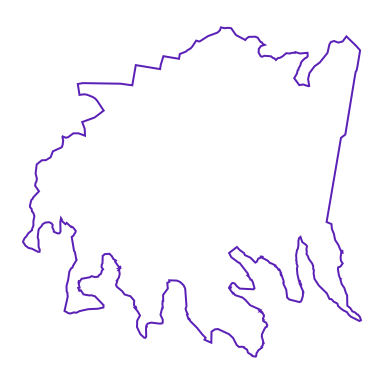 North Sydney, New South Wales, Australia
{"feature_id": "25037944B70017345976481", "entity_name": "North Sydney", "entity_type": "district", "adm_level": 2, "iso_a3": "AUS", "parent_name": "Australia", "parent_adm1": "New South Wales", "projection": "mercator", "projection_center": [151.213, -33.834], "detail": "fine", "context": "isolated", "style": "outline", "palette": "violet", "viewbox_px": 384, "rotation_deg": 0, "n_neighbors": 0, "source": "geoboundaries", "source_scale": "gbopen_adm2", "svg_char_len": 5906}
<svg xmlns="http://www.w3.org/2000/svg" viewBox="0 0 384 384"><path d="M35.1,185.7L39.0,191.3L33.3,197.3L32.6,198.8L31.3,200.1L30.0,205.3L30.1,207.3L31.6,208.9L32.0,211.3L33.3,212.9L34.4,216.1L33.4,221.1L33.4,225.8L31.9,229.4L32.0,230.2L28.5,233.1L26.1,236.7L24.7,238.0L23.6,240.3L23.0,241.9L25.5,245.7L28.7,248.0L31.9,248.7L37.9,251.8L39.5,251.8L39.8,249.9L38.6,246.9L38.5,240.0L37.7,237.3L38.5,230.3L38.9,229.0L41.5,226.2L42.6,224.2L45.3,222.6L49.2,222.2L51.7,223.5L52.7,225.0L52.3,227.2L53.7,230.2L53.8,231.7L57.3,233.3L59.3,233.4L60.5,231.7L60.3,221.9L61.0,218.2L61.9,219.8L61.6,220.6L65.4,224.2L66.7,222.9L71.1,227.0L71.5,226.6L73.2,227.6L75.7,230.8L75.7,231.8L73.3,235.8L71.7,236.9L74.0,250.7L75.0,252.3L76.3,259.7L76.6,259.9L73.1,265.7L72.4,267.7L71.3,268.1L69.4,271.4L68.1,280.1L66.5,286.0L66.7,291.6L67.4,292.5L67.7,296.8L64.5,311.0L68.7,313.3L70.5,313.5L73.8,312.4L76.6,312.7L79.6,311.1L88.1,309.2L98.1,308.7L103.4,307.5L103.6,305.2L95.0,296.3L91.7,295.3L88.9,295.4L83.5,294.4L81.0,290.5L80.1,290.8L80.0,290.5L80.7,290.0L79.2,290.5L78.2,287.9L79.6,287.6L78.8,284.2L79.1,283.0L78.5,282.8L78.8,281.1L79.8,281.3L81.6,278.8L90.1,277.2L91.4,276.2L95.4,277.1L98.2,276.6L98.7,275.5L101.0,273.7L102.0,270.4L103.1,269.3L101.5,267.0L101.7,264.8L102.5,263.2L102.7,255.9L104.9,254.1L109.5,253.8L112.0,256.4L113.3,258.9L116.0,260.6L115.1,261.7L119.0,267.2L120.2,266.8L120.4,268.0L118.6,268.6L119.5,269.0L118.6,270.1L119.1,270.1L119.7,274.0L118.9,277.5L117.1,280.2L117.5,280.2L116.0,285.1L117.0,286.9L122.1,291.1L124.6,294.5L130.4,296.2L134.2,300.6L134.0,304.9L134.8,306.8L135.7,306.7L136.1,307.6L134.7,307.8L137.7,311.4L140.0,315.5L137.2,320.6L137.0,327.1L140.4,334.2L144.2,337.7L145.4,337.8L146.2,336.6L146.0,327.8L146.8,326.8L146.2,326.4L146.4,325.4L147.6,323.7L151.2,322.6L159.2,323.6L161.7,323.5L162.7,322.8L162.8,319.8L160.5,314.8L162.1,308.3L162.5,308.4L162.8,307.2L162.4,304.1L162.7,301.0L163.2,301.0L163.1,294.9L167.8,288.6L167.3,282.8L169.4,281.9L169.2,280.3L177.0,280.6L180.1,282.0L182.4,284.0L183.9,285.8L185.2,288.7L186.5,306.2L185.6,308.6L186.1,310.8L187.7,314.1L186.9,314.5L188.6,319.2L189.4,318.9L190.3,321.1L197.0,327.8L202.6,334.8L205.6,337.7L204.5,339.7L211.3,342.7L211.5,331.7L214.8,329.4L217.9,329.0L229.1,334.2L233.1,338.0L236.7,345.0L239.1,347.0L242.0,346.7L244.0,347.2L243.8,347.6L247.1,349.7L247.9,352.5L249.3,353.6L251.6,354.8L251.5,355.3L252.6,356.1L255.6,356.6L256.1,356.2L256.5,353.4L258.3,350.4L262.0,347.5L261.5,346.9L262.8,345.2L263.0,343.1L263.6,343.1L261.8,336.6L262.0,334.2L264.6,328.7L265.6,327.2L266.7,326.9L267.3,325.3L266.1,322.6L263.9,321.5L263.8,320.3L263.2,320.5L263.0,318.3L263.9,316.6L263.8,315.5L264.7,315.1L263.7,315.2L262.3,312.3L261.9,312.0L261.5,312.5L260.4,311.6L260.7,310.7L260.1,310.9L260.6,310.2L260.0,310.6L259.0,309.9L259.4,309.4L250.1,305.2L245.5,300.0L242.4,297.5L235.1,295.1L233.4,293.0L232.9,293.4L229.4,288.5L230.7,287.9L230.9,287.4L229.4,287.1L231.8,283.4L232.7,282.9L234.7,283.5L236.7,286.1L239.8,288.6L253.6,289.3L254.5,288.3L252.9,282.3L251.6,279.8L250.5,279.7L249.4,277.5L247.5,275.5L248.4,275.2L247.7,273.4L239.5,262.8L238.5,262.6L231.3,257.2L229.1,253.0L236.9,247.0L239.6,249.9L244.1,253.2L244.9,255.1L250.5,257.7L255.3,262.6L256.6,261.9L258.3,258.6L260.7,257.7L260.8,256.5L261.4,256.5L262.7,256.8L262.7,258.1L267.5,260.5L270.2,263.2L271.0,263.2L275.4,265.4L275.0,266.0L277.1,267.6L278.6,269.9L279.4,269.5L281.0,272.8L280.5,273.0L280.9,275.1L281.5,274.9L283.3,279.9L283.8,282.5L283.3,282.8L283.7,284.5L286.2,289.6L287.2,297.6L289.3,299.5L299.5,302.1L301.0,301.4L301.8,299.5L302.9,295.9L302.9,292.5L303.4,292.5L303.4,292.0L300.2,284.8L301.1,284.7L300.7,283.4L299.6,283.4L299.2,281.3L299.9,281.2L299.8,280.8L298.9,280.7L297.4,274.1L296.9,268.2L297.6,266.3L296.5,263.2L296.7,261.6L296.1,260.3L296.4,259.1L296.1,255.4L297.0,250.1L297.9,248.6L298.4,245.4L298.4,241.0L299.0,238.2L300.5,236.9L302.3,242.1L306.2,245.0L307.0,246.2L306.4,249.2L306.8,251.8L306.5,254.0L308.2,256.7L308.7,258.7L312.1,263.4L313.1,265.6L313.3,269.3L313.9,270.0L313.6,273.4L314.5,278.9L318.8,285.5L326.8,293.3L329.5,299.0L331.5,299.2L333.7,301.6L337.4,303.6L338.1,306.0L340.7,308.4L343.6,310.5L346.8,312.0L348.6,314.6L350.9,316.7L359.5,321.0L361.0,320.2L359.9,317.0L357.9,314.5L357.2,314.5L355.0,312.4L352.4,311.4L350.3,308.1L347.3,305.7L347.1,295.2L346.0,293.3L344.4,288.1L341.7,284.1L340.3,279.1L340.6,278.9L340.2,278.7L338.9,275.3L337.9,268.9L338.2,267.3L340.4,266.6L342.7,263.4L340.9,260.7L340.6,257.6L341.2,252.9L342.6,252.8L342.3,250.8L340.9,250.9L338.2,244.7L335.1,239.9L333.9,233.8L331.9,229.0L331.5,224.1L326.6,222.0L341.0,137.8L345.3,134.6L354.8,76.7L355.7,71.7L356.5,70.7L357.4,66.7L360.1,50.4L356.3,46.0L346.4,36.4L342.7,41.4L338.4,42.6L334.1,41.0L330.9,42.0L329.4,44.5L327.5,52.9L319.7,62.6L314.5,66.3L309.4,73.2L308.1,79.1L309.2,86.0L308.4,86.2L303.2,84.5L299.3,85.1L294.2,78.2L296.9,73.6L297.7,70.2L298.5,69.6L298.6,68.3L300.3,65.5L300.9,63.0L301.8,61.4L304.6,58.6L306.9,57.3L307.7,56.1L307.5,52.8L300.0,53.5L295.3,52.1L295.1,52.8L292.2,52.8L289.8,53.5L286.3,53.2L282.6,56.3L280.0,57.8L278.1,58.0L275.9,60.0L274.5,58.4L273.2,58.1L271.0,56.3L264.4,55.8L262.3,56.7L260.7,56.3L258.6,52.4L258.8,48.9L261.0,46.0L264.7,44.9L262.9,43.9L261.7,42.2L260.6,42.0L257.7,37.7L255.3,36.7L248.8,36.9L246.6,38.4L245.3,40.0L235.9,35.0L231.2,28.2L228.0,27.8L224.7,28.2L220.9,27.4L219.9,30.3L217.5,32.6L208.0,36.1L200.2,41.1L199.1,41.5L196.2,40.6L192.2,46.7L190.5,48.5L187.6,50.1L185.9,51.6L179.8,54.0L179.0,58.8L163.4,56.2L160.8,64.7L160.1,69.1L135.8,65.1L132.3,85.3L120.4,83.7L82.7,83.1L77.8,84.0L79.5,94.9L84.2,94.3L87.0,94.7L92.8,97.0L95.1,98.5L96.9,100.4L103.7,110.6L94.6,117.5L82.2,122.0L84.7,128.8L85.0,135.7L78.5,133.3L73.4,133.3L68.0,137.3L65.6,137.7L62.7,136.4L62.4,137.1L63.2,140.5L62.6,145.1L61.7,147.3L52.9,151.3L50.6,157.3L45.9,160.1L41.8,160.3L36.7,164.4L35.6,173.5L36.9,178.7L36.5,181.3L35.6,182.8L35.1,185.7Z" fill="none" stroke="#5b21b6" stroke-width="2"/></svg>